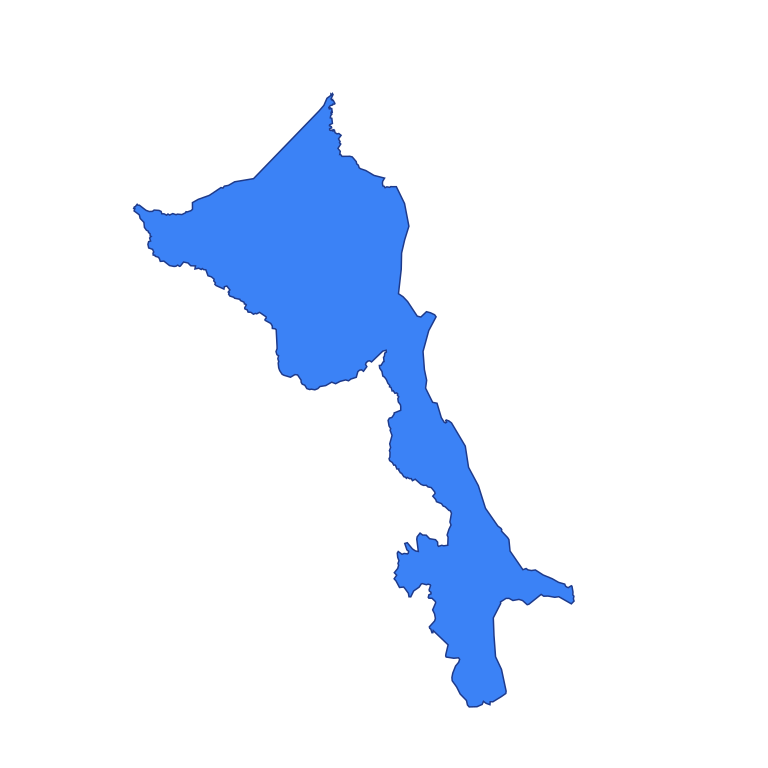 the district of Ho West, Volta, Ghana, rotated 134°
{"feature_id": "2480657B47242267083805", "entity_name": "Ho West", "entity_type": "district", "adm_level": 2, "iso_a3": "GHA", "parent_name": "Ghana", "parent_adm1": "Volta", "projection": "orthographic", "projection_center": [0.372, 6.6], "detail": "fine", "context": "isolated", "style": "filled", "palette": "blue", "viewbox_px": 768, "rotation_deg": 134, "n_neighbors": 0, "source": "geoboundaries", "source_scale": "gbopen_adm2", "svg_char_len": 6157}
<svg xmlns="http://www.w3.org/2000/svg" viewBox="0 0 768 768"><g transform="rotate(134 384 384)"><path d="M444.1,456.0L439.1,454.6L437.5,452.5L438.8,446.4L440.3,444.8L440.9,442.8L439.9,440.1L440.9,436.3L439.6,433.6L438.2,432.7L436.2,429.7L433.4,428.4L430.3,428.3L425.6,424.8L419.0,422.9L417.4,419.0L412.6,417.4L407.7,414.4L406.3,411.7L403.5,411.3L398.4,408.6L393.3,411.4L391.1,411.2L389.4,410.0L389.1,407.6L383.4,408.4L382.8,410.8L381.2,411.6L378.8,411.5L377.3,410.5L376.8,408.3L361.2,407.7L358.2,405.9L359.4,404.5L361.3,404.9L363.9,402.9L365.1,402.9L367.8,399.6L368.3,400.0L372.6,399.1L373.9,400.2L375.6,398.1L376.4,394.2L379.1,390.4L378.7,388.4L379.2,385.4L380.8,381.6L381.0,378.9L382.2,378.1L381.6,376.5L383.4,373.3L382.4,372.7L383.1,369.7L381.6,368.7L381.6,367.2L382.7,366.7L383.0,364.5L384.9,363.9L387.0,361.2L387.5,357.8L388.6,356.3L391.3,353.7L397.7,356.6L398.9,355.7L402.6,355.1L404.8,356.4L407.3,355.8L410.7,351.2L411.5,348.1L413.0,347.5L415.4,342.5L423.1,338.3L425.1,335.1L428.2,333.8L428.9,332.3L432.5,329.0L434.2,328.5L435.2,326.7L434.7,323.4L435.6,320.6L434.7,320.0L434.7,318.9L436.2,315.7L434.9,314.3L435.7,313.6L436.5,310.5L436.0,309.4L436.9,305.3L436.1,303.7L436.3,302.4L435.1,302.4L434.3,299.7L433.1,298.7L433.8,296.4L430.8,295.4L430.5,287.7L429.5,285.2L427.5,283.2L427.5,280.9L425.7,278.1L426.4,272.5L427.3,271.2L430.8,271.0L431.2,266.5L432.2,264.5L430.1,259.5L430.7,256.7L429.8,254.7L429.8,249.4L429.1,248.3L430.1,245.7L437.5,240.7L438.9,237.8L443.3,236.4L448.8,233.7L449.7,231.5L455.7,226.1L458.9,228.6L459.9,230.4L462.9,232.0L462.7,233.3L460.5,235.6L460.2,238.8L463.6,243.7L463.4,248.6L465.8,251.3L466.2,254.5L470.9,254.0L472.9,252.6L480.6,243.0L482.2,245.3L482.9,249.0L482.0,257.0L484.3,258.3L487.4,252.3L487.2,250.1L488.9,249.0L489.9,249.1L491.9,251.8L494.0,252.8L494.6,257.4L496.4,257.0L499.2,253.7L500.7,250.5L503.4,249.3L504.2,247.6L507.2,246.0L512.6,245.5L512.7,242.1L517.1,241.4L517.3,238.6L519.6,231.5L516.4,228.8L516.6,226.8L517.6,221.1L519.7,218.2L518.5,216.9L512.3,218.9L505.7,217.6L502.0,218.3L501.0,217.8L498.9,214.0L497.3,213.2L496.3,211.2L496.6,210.5L500.7,208.6L501.4,207.5L501.2,205.6L502.3,204.4L504.4,205.3L506.7,204.0L506.9,202.9L504.8,200.7L504.8,195.8L505.6,194.8L512.7,192.1L514.2,188.0L516.9,184.2L519.2,183.0L527.2,182.7L528.0,181.4L527.8,180.1L529.6,176.7L528.9,176.1L527.2,177.3L527.1,156.7L535.2,151.9L536.8,150.7L537.2,149.6L532.8,143.3L529.2,140.2L529.5,138.3L532.3,137.0L537.2,136.6L544.2,133.7L547.9,131.3L550.1,128.8L551.5,121.2L554.1,113.8L554.4,104.8L556.9,101.0L557.1,98.4L551.5,92.9L546.3,90.8L543.2,92.0L542.8,88.8L541.1,85.0L538.8,86.9L536.9,84.9L527.2,82.4L522.0,81.4L520.1,82.8L507.7,101.2L502.7,114.3L488.5,130.2L476.3,142.9L460.8,147.6L459.9,148.8L453.5,147.3L451.3,145.1L450.2,140.9L445.2,137.3L443.5,133.9L443.3,127.7L441.8,126.8L426.2,124.8L425.7,121.7L422.6,118.7L418.8,113.0L415.6,110.5L412.0,96.5L408.1,96.5L407.0,98.5L404.7,100.0L404.5,101.7L402.4,103.5L398.9,108.3L399.0,109.1L402.5,110.0L403.1,111.4L403.3,112.9L402.4,115.0L405.4,120.6L407.2,127.7L410.8,136.8L412.6,145.9L415.8,148.4L417.7,151.3L418.0,153.6L421.1,155.1L416.6,177.3L409.2,186.0L408.6,188.4L408.2,197.3L407.0,198.1L406.6,199.5L407.1,203.5L402.9,224.7L391.6,245.5L385.2,265.3L372.2,282.4L365.1,308.4L365.5,311.7L366.6,314.2L367.4,314.3L368.0,312.4L369.2,312.7L369.7,314.1L368.4,319.4L361.0,332.5L363.4,336.3L358.1,351.2L351.7,355.9L345.6,364.9L333.5,378.5L314.5,388.9L299.5,393.2L299.0,395.7L300.5,400.1L302.5,403.7L310.2,404.0L312.1,407.2L308.3,424.3L308.0,430.9L309.0,436.3L289.5,451.3L277.6,462.3L265.9,469.3L253.2,475.7L239.9,494.6L233.5,512.2L237.4,516.3L238.6,516.5L240.2,518.9L242.1,519.6L241.7,521.3L242.3,522.5L240.6,524.7L239.0,525.8L235.5,526.6L240.9,536.1L243.1,545.4L245.5,550.5L245.7,552.1L244.4,554.5L244.6,556.6L243.3,558.5L242.7,564.6L243.9,566.7L249.4,572.3L249.0,575.2L249.5,575.4L247.0,577.1L246.5,580.8L241.4,581.8L241.4,583.6L240.1,584.0L239.3,587.0L234.9,587.6L235.2,590.5L236.7,591.6L237.2,593.8L235.9,595.9L237.2,596.2L237.6,596.8L236.6,597.2L238.8,598.6L239.0,599.6L238.2,600.4L236.1,599.6L235.5,600.6L236.1,602.7L235.3,603.2L232.4,602.1L229.1,606.1L229.9,607.5L227.8,608.9L226.4,608.8L226.0,610.3L224.3,611.1L225.1,609.8L224.6,609.8L222.2,612.9L223.2,613.9L222.6,614.3L223.0,615.2L223.6,615.0L223.5,614.0L224.1,614.4L223.5,615.8L221.0,616.0L219.0,614.8L218.3,615.2L216.9,614.0L216.3,614.2L215.3,617.3L215.9,618.2L215.1,618.7L215.9,619.6L215.6,620.2L211.2,621.7L210.9,622.9L212.3,622.5L212.3,623.6L213.3,622.7L218.1,623.5L225.3,620.8L232.8,620.4L326.9,620.5L342.3,631.9L349.2,633.9L352.6,636.3L355.0,636.0L355.9,637.7L369.7,640.7L380.2,645.9L386.6,647.8L391.4,643.1L393.5,643.3L396.8,645.0L397.6,646.1L398.6,645.7L402.5,647.1L405.3,650.6L406.7,651.2L408.1,654.3L411.4,655.6L411.8,657.5L413.6,657.7L414.3,660.3L415.9,662.1L414.7,664.2L415.4,666.4L418.6,670.2L420.7,670.5L423.0,672.7L424.4,675.9L425.3,684.1L426.3,685.2L426.2,686.4L429.4,686.1L430.0,686.6L431.6,686.0L431.0,685.0L433.1,684.0L432.3,677.5L434.3,674.4L434.5,669.0L437.8,665.1L438.4,661.7L437.8,659.6L438.6,658.7L438.4,656.7L440.0,654.9L439.6,654.0L441.8,654.0L443.3,651.2L445.1,652.2L447.5,650.9L449.6,647.8L447.9,644.0L449.0,641.3L450.3,641.1L451.6,639.6L450.6,638.3L451.0,637.2L449.7,634.8L449.7,633.0L451.2,630.1L448.5,627.7L447.8,620.6L445.3,616.7L443.9,615.5L441.8,615.0L441.4,612.8L440.6,612.4L435.5,612.9L433.1,609.1L433.2,605.2L430.0,601.6L432.6,599.9L429.4,597.7L428.6,595.0L427.2,594.9L427.0,593.2L425.6,591.5L428.4,585.8L426.8,582.6L426.6,579.0L428.1,578.1L428.3,575.6L429.8,574.9L429.8,573.1L426.9,565.1L424.9,566.4L422.7,565.1L423.4,560.2L426.0,559.9L425.7,558.9L427.3,558.2L427.8,556.0L426.0,552.3L426.1,551.1L423.2,546.5L423.7,545.3L422.4,541.5L423.4,540.0L422.7,539.1L422.8,538.0L426.0,537.1L426.6,536.3L425.7,533.8L426.7,531.7L424.9,529.6L424.5,526.4L422.6,525.6L421.9,524.3L418.9,523.3L417.6,515.5L418.5,514.5L420.2,514.5L420.8,513.7L419.1,507.6L419.8,504.8L421.6,502.9L419.9,500.6L419.8,499.3L431.1,487.2L432.8,485.5L435.7,484.2L437.3,481.4L436.9,479.5L439.6,477.9L441.0,475.3L442.4,474.7L445.5,471.0L446.8,468.4L447.8,464.0L447.2,462.0L444.1,456.0Z" fill="#3b82f6" stroke="#1e3a8a" stroke-width="1.5"/></g></svg>